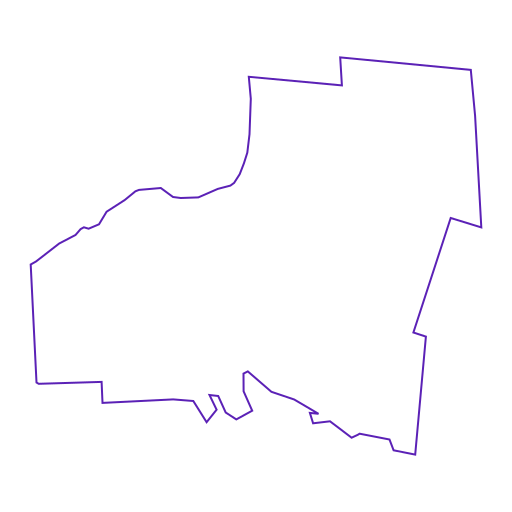 Oswego, New York, United States of America
{"feature_id": "52423323B56598235469590", "entity_name": "Oswego", "entity_type": "district", "adm_level": 2, "iso_a3": "USA", "parent_name": "United States of America", "parent_adm1": "New York", "projection": "albers", "projection_center": [-76.226, 43.431], "detail": "fine", "context": "isolated", "style": "outline", "palette": "violet", "viewbox_px": 512, "rotation_deg": 0, "n_neighbors": 0, "source": "geoboundaries", "source_scale": "gbopen_adm2", "svg_char_len": 878}
<svg xmlns="http://www.w3.org/2000/svg" viewBox="0 0 512 512"><path d="M470.8,69.9L340.2,57.4L341.9,85.4L248.8,76.8L250.8,98.8L249.5,134.3L247.3,152.7L243.9,163.4L239.7,174.2L234.1,182.9L230.4,185.6L217.8,188.9L198.3,197.4L180.7,198.0L173.0,197.0L160.8,188.0L159.8,188.1L139.0,189.9L135.4,191.3L124.9,199.9L106.6,211.7L99.0,224.3L88.6,228.7L83.9,227.3L80.6,229.1L75.5,235.0L72.6,236.5L59.2,243.5L36.0,261.5L30.7,264.5L36.5,382.5L38.7,383.8L101.6,381.9L102.5,402.9L173.2,399.4L193.3,401.0L206.6,422.2L216.6,409.7L209.5,395.0L218.2,396.0L225.7,412.5L236.3,419.4L252.2,410.7L243.6,391.3L243.5,373.6L247.8,371.4L271.4,391.8L294.2,399.5L318.5,413.8L309.9,412.9L313.1,423.3L330.0,421.3L351.6,437.7L357.8,434.8L359.6,433.7L389.5,439.5L393.6,450.3L415.2,454.6L425.9,336.6L413.4,332.5L450.7,218.0L481.3,227.4L475.1,115.9L470.8,69.9Z" fill="none" stroke="#5b21b6" stroke-width="2"/></svg>